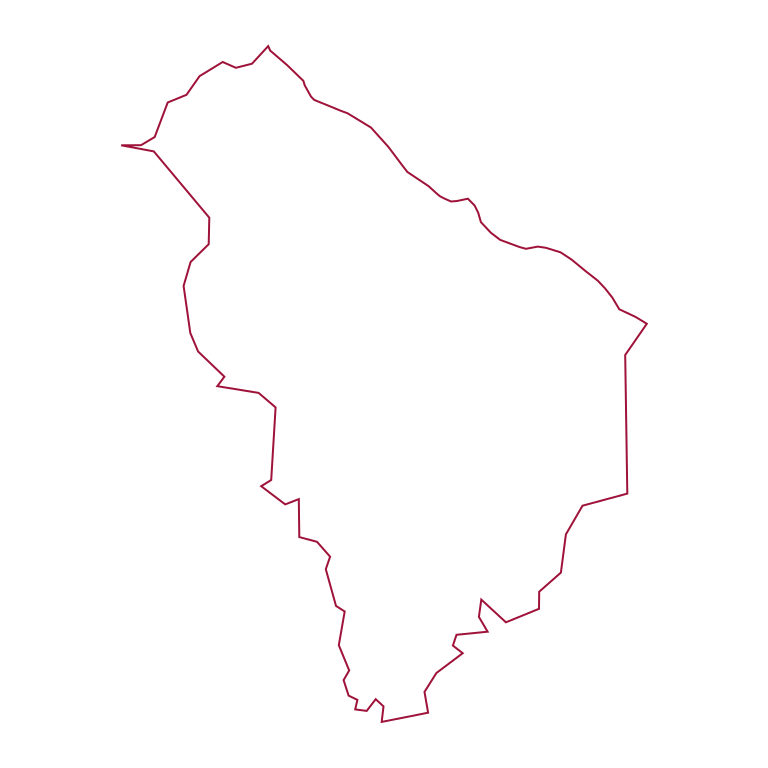 Makedonska Kamenitsa, Makedonska Kamenica, North Macedonia (orthographic projection)
{"feature_id": "65306769B84975747896428", "entity_name": "Makedonska Kamenitsa", "entity_type": "district", "adm_level": 2, "iso_a3": "MKD", "parent_name": "North Macedonia", "parent_adm1": "Makedonska Kamenica", "projection": "orthographic", "projection_center": [22.559, 42.055], "detail": "fine", "context": "isolated", "style": "outline", "palette": "rose", "viewbox_px": 768, "rotation_deg": 0, "n_neighbors": 0, "source": "geoboundaries", "source_scale": "gbopen_adm2", "svg_char_len": 1279}
<svg xmlns="http://www.w3.org/2000/svg" viewBox="0 0 768 768"><path d="M539.0,608.8L539.2,591.7L560.9,572.6L565.9,534.4L582.5,505.7L627.3,493.6L625.2,355.0L646.8,323.8L637.0,317.8L634.7,316.5L619.3,309.3L612.4,297.7L604.9,288.2L597.8,280.7L585.3,270.9L571.6,259.6L560.5,252.3L545.9,247.8L537.8,246.6L526.0,248.8L519.7,247.1L500.2,239.9L490.8,232.7L480.9,222.1L478.2,212.7L474.6,205.5L467.9,198.7L457.0,201.0L451.1,201.5L444.3,198.5L439.7,196.1L436.0,192.9L428.5,186.1L407.4,172.0L403.2,166.6L388.3,146.8L370.9,127.5L347.4,113.2L341.1,110.9L314.2,99.9L311.0,96.6L304.7,85.3L303.4,80.9L287.0,65.0L270.2,50.6L268.2,46.1L252.0,63.7L235.9,67.8L222.7,62.0L199.6,76.1L186.5,94.8L167.7,102.5L154.7,137.0L141.0,145.2L121.2,145.3L153.8,151.4L209.3,217.7L208.7,244.2L190.6,262.0L183.6,285.9L190.3,333.0L198.1,351.5L224.4,376.7L217.3,386.2L258.6,392.9L275.6,407.4L271.2,480.0L261.2,486.2L285.2,504.4L298.8,499.1L299.3,537.1L317.0,541.8L330.1,556.7L325.8,569.2L336.0,605.9L344.7,611.5L338.8,645.2L349.2,670.5L343.6,680.1L348.6,695.6L357.4,699.9L355.2,709.4L366.7,710.9L375.7,699.2L383.5,706.4L381.7,721.9L428.1,712.7L424.5,691.9L436.4,673.0L462.7,653.2L452.9,645.6L456.5,634.8L487.6,631.7L478.9,616.9L481.3,599.6L505.9,622.3L539.0,608.8Z" fill="none" stroke="#9f1239" stroke-width="2"/></svg>